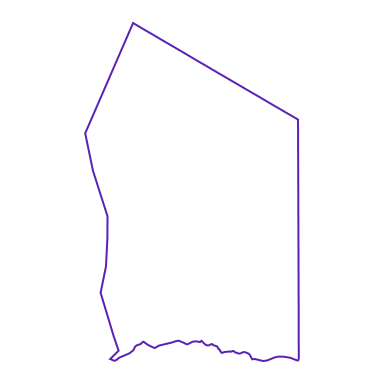 an SVG outline of Ennedi
{"feature_id": "TCD-5579", "entity_name": "Ennedi", "entity_type": "Préfecture", "adm_level": 1, "iso_a3": "TCD", "parent_name": "Chad", "parent_adm1": "", "projection": "natural_earth1", "projection_center": [22.297, 18.351], "detail": "fine", "context": "isolated", "style": "outline", "palette": "violet", "viewbox_px": 384, "rotation_deg": 0, "n_neighbors": 0, "source": "natural_earth", "source_scale": "10m", "svg_char_len": 2540}
<svg xmlns="http://www.w3.org/2000/svg" viewBox="0 0 384 384"><path d="M133.1,23.0L139.6,26.9L146.2,30.8L152.8,34.6L159.4,38.5L166.0,42.4L172.6,46.2L179.2,50.1L185.7,53.9L192.3,57.8L198.9,61.7L205.5,65.5L212.1,69.4L218.7,73.3L225.3,77.1L231.9,81.0L238.5,84.8L245.1,88.7L251.8,92.6L258.4,96.4L265.0,100.3L271.6,104.2L278.2,108.0L284.8,111.9L291.4,115.7L298.0,119.6L298.1,134.3L298.1,149.0L298.2,163.7L298.2,178.4L298.3,193.1L298.3,207.8L298.4,222.5L298.4,237.2L298.5,251.9L298.5,266.6L298.6,281.3L298.6,296.0L298.7,310.7L298.7,325.4L298.7,340.1L298.8,354.7L298.8,358.4L298.2,360.3L296.7,360.3L290.4,357.8L283.9,356.7L277.7,356.7L274.2,357.6L267.1,360.5L263.0,361.0L254.8,359.0L252.2,359.3L252.1,359.1L249.5,354.4L249.3,354.2L249.1,354.0L248.9,353.8L245.7,352.4L244.4,352.1L244.0,352.1L243.5,352.1L242.8,352.3L242.3,352.5L241.2,353.1L240.1,353.5L239.5,353.6L239.1,353.6L238.6,353.5L237.9,353.3L237.5,353.1L237.1,352.9L236.9,352.8L235.5,352.5L235.2,352.4L234.9,352.3L233.9,351.3L233.6,351.1L233.3,351.0L232.8,351.0L232.1,351.2L231.1,351.7L230.7,351.7L229.1,351.5L228.0,351.6L226.1,351.9L224.4,352.0L223.8,352.2L223.5,352.3L222.8,352.7L222.5,352.8L222.1,352.9L221.6,352.7L221.3,352.5L221.0,352.2L220.9,351.9L220.8,351.6L220.7,351.3L220.5,351.1L220.2,351.0L220.0,350.8L219.9,350.5L219.7,349.9L219.6,349.6L219.4,349.4L219.2,349.2L218.7,349.1L218.5,348.9L218.3,348.8L218.1,348.5L218.0,348.3L217.7,347.3L217.5,346.8L217.3,346.6L215.2,345.7L214.5,345.6L213.3,345.1L213.1,345.0L212.8,344.8L212.5,344.3L212.2,344.2L211.9,344.1L211.5,344.1L211.1,344.1L210.7,344.4L210.1,344.8L209.8,345.0L209.0,345.3L208.7,345.4L208.3,345.4L207.8,345.4L207.0,345.3L206.5,345.1L205.9,344.9L205.4,344.6L203.2,342.6L201.7,340.9L201.3,340.9L200.9,341.2L200.2,341.9L200.0,342.1L199.7,342.1L198.3,341.7L196.9,341.4L195.2,341.4L192.9,341.7L191.5,342.2L190.2,343.0L187.7,344.2L187.4,344.3L187.0,344.3L186.0,344.0L183.6,342.7L179.2,340.9L178.9,340.8L178.1,340.8L177.5,340.8L175.5,341.3L172.7,342.3L159.0,345.6L158.5,345.8L155.3,347.8L154.9,347.9L154.5,347.9L153.9,347.8L147.9,344.9L144.1,342.1L143.6,341.8L143.3,341.7L143.0,341.8L142.3,342.4L141.0,343.7L140.0,344.3L136.9,345.3L135.9,346.0L135.5,346.3L135.1,346.8L134.9,347.0L134.0,349.1L133.3,350.1L132.5,351.0L129.1,353.5L119.8,357.4L117.9,358.7L116.4,360.0L115.9,360.2L114.8,360.7L114.3,360.7L113.7,360.6L112.5,360.1L111.5,359.6L111.0,359.2L110.7,359.1L110.3,359.0L118.6,350.7L113.8,336.6L100.6,292.8L106.0,266.3L107.4,238.1L107.5,216.2L93.0,170.9L85.2,133.3L133.1,23.0Z" fill="none" stroke="#5b21b6" stroke-width="2"/></svg>